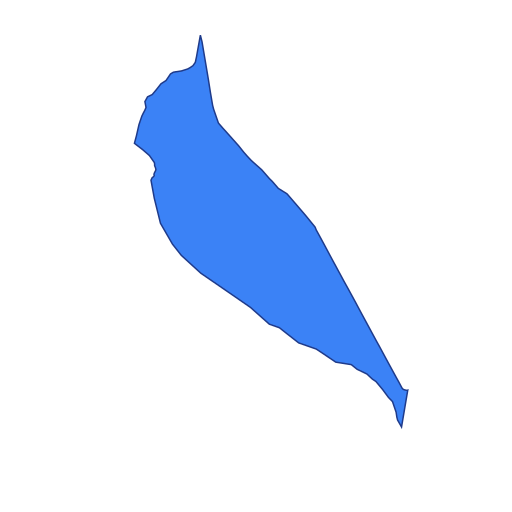 Chimbas, San Juan, Argentina (orthographic projection), rotated 241°
{"feature_id": "61730980B27264787590241", "entity_name": "Chimbas", "entity_type": "district", "adm_level": 2, "iso_a3": "ARG", "parent_name": "Argentina", "parent_adm1": "San Juan", "projection": "orthographic", "projection_center": [-68.525, -31.484], "detail": "fine", "context": "isolated", "style": "filled", "palette": "blue", "viewbox_px": 512, "rotation_deg": 241, "n_neighbors": 0, "source": "geoboundaries", "source_scale": "gbopen_adm2", "svg_char_len": 1683}
<svg xmlns="http://www.w3.org/2000/svg" viewBox="0 0 512 512"><g transform="rotate(241 256 256)"><path d="M476.1,314.4L458.9,300.4L454.8,296.8L453.0,293.1L452.7,289.6L452.7,286.9L454.0,280.5L455.5,276.4L456.0,275.2L456.8,272.8L456.7,269.5L453.1,262.4L452.8,258.1L452.7,256.4L449.6,249.0L447.5,243.5L447.8,238.3L444.9,233.7L439.2,231.8L437.2,229.2L435.6,226.7L433.7,224.0L427.7,217.4L419.1,209.7L413.5,204.3L403.5,208.6L395.5,211.5L387.0,212.4L385.6,211.9L384.1,211.1L382.1,210.9L380.2,210.4L379.2,209.4L378.2,207.8L377.0,206.4L375.7,206.0L375.1,204.9L374.8,203.1L373.2,200.9L355.7,195.0L330.9,188.3L306.9,188.7L292.7,191.0L277.2,196.2L274.0,197.3L267.7,199.4L238.4,214.0L213.6,226.3L208.1,228.2L189.9,234.6L181.9,241.7L173.0,245.4L159.3,251.2L145.4,263.6L131.2,270.9L124.5,274.3L114.8,286.7L107.9,289.5L99.0,295.8L91.9,298.1L88.2,300.0L87.9,300.1L77.9,302.0L68.0,303.3L62.5,304.8L51.4,302.8L46.9,301.1L43.9,300.3L35.9,300.4L65.1,323.7L65.2,323.1L65.4,322.9L65.5,322.7L65.8,322.2L66.2,321.8L67.1,320.9L67.9,320.2L69.1,319.8L70.0,319.7L76.4,319.8L82.0,319.8L98.3,319.9L116.3,320.1L124.2,320.1L133.6,320.2L154.4,320.4L167.1,320.6L181.5,320.7L191.9,320.7L199.7,320.8L202.6,320.8L202.8,320.8L209.1,320.9L212.2,320.9L220.5,321.0L233.0,321.2L244.7,321.3L249.6,321.3L252.6,321.7L267.1,319.1L285.6,315.3L290.4,314.3L295.2,313.3L296.6,312.6L299.6,310.9L304.3,308.3L313.3,306.4L313.7,306.3L317.0,305.3L328.6,302.8L339.7,298.9L342.5,298.0L348.1,296.6L352.7,295.6L361.0,294.2L369.8,292.2L377.8,290.4L384.2,288.9L387.6,288.2L388.9,287.9L390.6,287.6L404.9,290.1L408.8,291.1L421.1,295.4L432.6,299.6L437.1,301.2L469.4,312.6L476.1,314.4Z" fill="#3b82f6" stroke="#1e3a8a" stroke-width="1.5"/></g></svg>